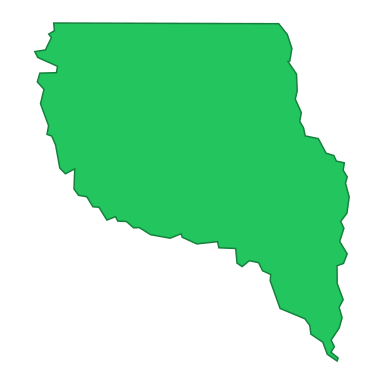 the district of Nacogdoches, Texas, United States of America
{"feature_id": "52423323B39218063073671", "entity_name": "Nacogdoches", "entity_type": "district", "adm_level": 2, "iso_a3": "USA", "parent_name": "United States of America", "parent_adm1": "Texas", "projection": "mercator", "projection_center": [-94.585, 31.535], "detail": "fine", "context": "isolated", "style": "filled", "palette": "green", "viewbox_px": 384, "rotation_deg": 0, "n_neighbors": 0, "source": "geoboundaries", "source_scale": "gbopen_adm2", "svg_char_len": 1177}
<svg xmlns="http://www.w3.org/2000/svg" viewBox="0 0 384 384"><path d="M53.7,23.0L54.4,30.7L48.7,34.1L51.4,37.6L45.4,49.9L34.8,51.6L37.8,57.5L57.5,66.3L56.4,72.7L39.9,73.1L37.3,81.9L44.0,89.3L40.5,103.7L48.6,125.7L47.0,134.4L51.8,136.1L55.6,145.1L59.8,168.1L65.4,173.8L74.7,168.9L74.0,189.0L78.5,195.3L86.9,196.8L92.9,206.8L98.9,207.2L106.9,220.1L115.5,216.6L117.8,221.1L126.4,221.5L133.5,227.8L139.3,227.6L150.6,234.7L170.2,238.2L181.1,233.8L182.3,237.3L196.8,243.9L217.5,241.7L218.9,247.8L235.7,248.5L237.0,263.1L242.1,266.6L249.4,260.7L258.6,262.7L262.6,270.8L270.7,274.5L270.2,280.8L280.1,308.5L304.9,318.8L309.8,325.5L310.9,334.2L322.8,342.2L327.3,354.3L337.1,361.0L338.1,358.0L331.0,352.2L334.4,346.7L331.1,340.1L339.2,328.0L342.1,317.7L339.1,307.3L343.2,299.7L337.2,283.5L337.0,265.8L343.5,263.4L347.2,253.9L339.7,241.4L343.9,228.3L340.7,221.4L346.9,213.3L349.2,197.0L345.5,183.2L347.2,176.9L343.2,170.3L344.3,162.8L336.4,161.1L333.8,155.5L326.1,153.2L318.3,138.6L305.2,135.9L303.5,127.8L299.8,121.4L301.3,112.5L295.3,99.2L297.2,90.9L296.5,74.1L288.0,61.5L289.8,61.0L291.9,48.5L287.3,34.5L278.7,23.7L53.7,23.0Z" fill="#22c55e" stroke="#15803d" stroke-width="1.5"/></svg>